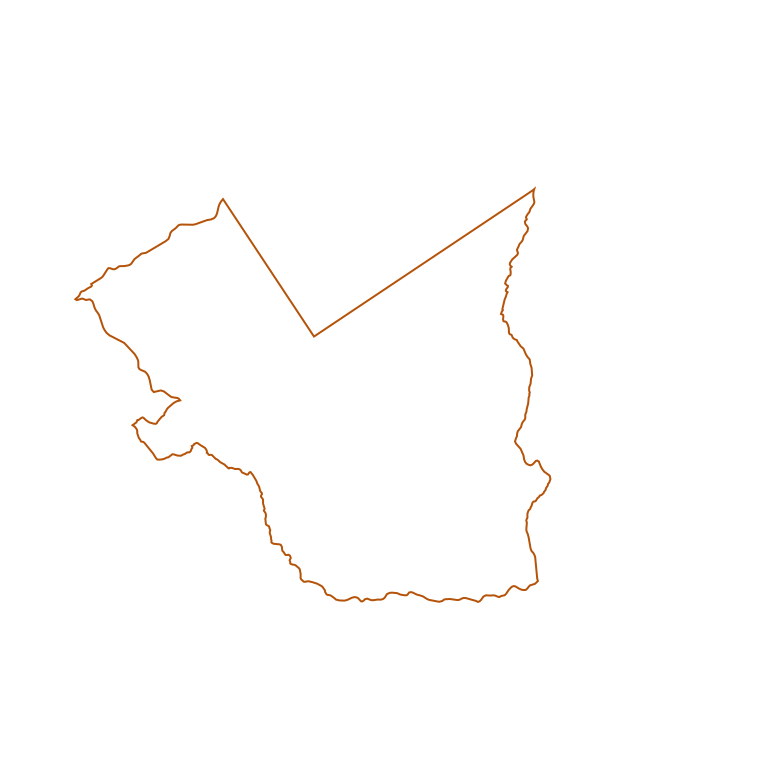 the Province of Moxico, rotated 236°
{"feature_id": "AGO-1892", "entity_name": "Moxico", "entity_type": "Province", "adm_level": 1, "iso_a3": "AGO", "parent_name": "Angola", "parent_adm1": "", "projection": "albers", "projection_center": [20.805, -13.377], "detail": "fine", "context": "isolated", "style": "outline", "palette": "amber", "viewbox_px": 768, "rotation_deg": 236, "n_neighbors": 0, "source": "natural_earth", "source_scale": "10m", "svg_char_len": 6166}
<svg xmlns="http://www.w3.org/2000/svg" viewBox="0 0 768 768"><g transform="rotate(236 384 384)"><path d="M462.5,352.5L461.4,603.8L461.4,615.7L461.6,617.6L460.2,615.9L458.0,614.0L455.5,612.4L451.1,610.6L450.1,609.8L449.3,608.5L447.3,603.2L445.2,600.6L444.8,598.9L443.3,595.5L442.6,594.8L440.7,594.5L440.4,593.8L440.4,592.7L439.6,591.4L437.4,590.6L434.9,590.9L432.6,590.6L430.5,588.4L428.6,582.7L425.9,579.6L425.2,578.2L424.2,574.5L422.6,572.2L421.1,569.5L420.3,569.0L417.6,568.3L416.5,566.6L415.6,560.1L414.0,556.3L412.9,555.2L411.5,554.9L409.8,555.4L409.5,553.7L408.5,552.8L406.0,551.7L403.8,550.0L403.5,549.2L403.8,548.2L403.8,547.6L401.4,542.7L399.5,540.6L397.4,541.0L395.9,541.6L395.0,540.6L394.3,538.5L393.6,537.5L393.0,537.1L392.3,537.2L391.0,537.8L390.4,536.4L388.4,534.1L386.7,531.4L380.0,524.1L379.5,523.9L378.9,524.0L378.6,523.5L378.3,522.4L376.6,520.1L374.9,521.3L373.6,521.0L371.1,518.9L369.3,518.2L368.5,518.7L367.9,519.6L366.7,520.1L363.6,519.7L360.6,518.7L356.8,516.4L355.6,516.0L354.9,516.2L353.7,517.0L353.1,517.2L350.8,516.7L349.3,516.8L347.6,517.6L346.4,518.6L346.0,518.7L344.8,518.4L338.9,518.4L335.4,519.4L329.2,518.2L326.3,518.1L322.8,518.5L319.0,516.6L314.9,515.4L308.2,511.6L306.2,508.9L302.3,505.7L300.1,502.6L297.3,500.6L295.4,500.1L294.6,498.9L293.2,498.2L291.8,496.3L287.2,492.6L283.3,488.2L281.3,486.5L280.0,484.5L279.3,483.7L276.9,482.2L276.2,481.4L275.7,480.5L274.8,477.5L273.5,475.5L272.3,474.3L271.6,473.4L270.0,468.5L268.5,466.7L266.5,465.1L264.4,462.0L263.1,460.5L260.5,460.1L253.9,461.0L246.8,459.7L243.1,458.0L240.5,457.4L238.2,457.6L236.3,458.6L234.8,459.8L234.3,461.5L234.4,463.2L235.3,466.9L234.8,468.2L233.2,469.0L227.6,467.8L224.4,467.6L221.7,467.8L216.0,469.9L215.0,470.0L212.0,468.7L209.9,465.8L209.4,464.1L208.0,462.6L207.2,460.3L205.9,458.8L205.2,456.7L204.3,455.2L203.9,452.5L204.4,450.8L203.7,449.4L203.6,447.6L202.2,444.4L202.3,443.4L202.9,442.3L202.8,441.4L202.2,440.2L200.6,438.4L199.8,436.7L198.8,435.5L198.5,434.6L198.5,433.6L198.3,433.1L196.8,431.0L195.9,430.1L192.9,428.1L192.0,426.4L191.1,425.5L189.7,425.1L188.9,424.7L183.8,420.6L181.9,419.8L179.3,419.3L176.1,418.2L165.6,413.5L162.8,412.9L160.9,413.3L158.7,413.2L156.1,412.6L137.2,402.3L134.6,401.4L133.9,397.4L135.4,392.5L135.0,390.5L134.3,388.5L134.0,386.5L135.0,384.7L136.3,383.2L138.9,381.5L142.5,379.9L144.0,378.5L144.4,376.3L143.7,372.7L141.8,367.9L141.4,366.0L142.8,362.2L142.8,360.6L144.3,359.2L146.5,357.8L147.7,356.4L149.0,354.1L151.8,350.3L152.2,347.8L150.7,343.6L150.4,341.8L150.8,340.0L152.8,338.9L160.7,332.2L162.1,330.5L162.7,328.1L162.8,326.3L163.7,324.2L168.9,318.4L171.2,314.6L171.7,313.1L171.5,310.9L172.7,307.8L179.7,300.8L181.6,299.5L186.0,297.6L188.3,295.9L191.0,293.5L195.3,291.0L196.6,289.6L197.1,288.1L196.3,286.0L196.2,285.1L196.5,284.0L197.7,282.5L200.4,279.7L203.2,278.0L206.5,274.0L207.6,272.1L208.2,269.1L206.4,265.0L206.3,262.8L207.1,260.6L208.9,258.1L210.8,254.1L211.9,252.6L215.5,250.0L216.2,247.7L215.8,246.0L215.9,244.3L216.8,243.4L220.8,242.8L222.4,242.0L223.9,240.3L224.8,237.7L225.4,233.5L225.9,231.6L226.7,229.8L229.7,225.8L232.2,223.6L234.0,223.2L237.9,221.8L239.1,221.1L240.7,219.3L241.6,218.8L244.1,218.8L246.1,219.6L249.9,219.6L251.3,219.3L255.9,216.9L259.3,214.2L262.7,211.1L263.5,209.7L264.0,208.1L265.0,206.9L268.4,206.1L269.7,206.3L273.0,208.6L277.1,210.4L278.4,210.6L282.9,209.4L283.9,208.8L286.4,206.4L287.6,205.9L288.8,206.7L290.7,207.2L291.8,209.3L292.4,209.6L294.3,210.0L294.8,209.9L295.9,209.2L296.7,207.5L297.4,206.8L297.9,206.7L300.4,206.8L302.7,206.5L306.2,208.3L308.4,208.5L309.5,207.7L313.3,203.1L315.1,202.2L315.7,202.1L317.0,203.1L318.8,203.8L319.9,204.6L324.4,206.0L325.2,206.5L326.0,207.6L326.7,208.1L328.1,208.3L330.0,209.0L330.5,209.0L332.8,207.8L334.0,207.8L338.7,210.3L339.8,211.7L341.6,213.0L343.7,213.7L345.3,213.5L346.4,213.7L347.0,214.9L347.7,215.4L352.3,216.8L355.8,219.0L356.6,219.2L358.4,219.0L359.6,219.1L360.6,220.3L360.9,221.2L361.9,221.7L363.9,221.5L365.0,221.7L368.3,222.9L370.7,223.3L371.9,223.2L375.0,224.0L381.9,224.4L385.6,224.1L385.9,223.6L385.9,222.6L385.1,220.7L385.5,219.7L390.2,216.8L392.7,217.0L393.6,216.7L394.7,216.1L395.4,215.3L396.7,213.1L399.6,210.9L400.8,209.1L400.7,208.2L401.2,207.9L406.5,206.7L410.8,204.5L414.3,203.7L416.1,202.6L421.4,201.6L422.5,200.3L422.9,199.4L423.6,199.0L425.3,199.1L426.1,198.6L427.3,199.6L428.6,199.9L430.8,199.9L431.5,199.7L436.5,197.4L439.1,196.5L439.9,195.8L440.4,193.1L439.8,191.9L440.0,189.9L438.8,189.7L438.2,189.3L437.8,188.0L436.5,186.4L436.2,185.1L436.2,184.4L437.3,182.7L437.4,179.5L437.9,177.7L437.9,176.2L438.2,175.3L439.9,173.1L440.8,172.2L443.2,170.4L444.1,169.2L443.8,164.4L444.5,162.7L444.8,160.2L445.7,157.6L447.2,155.0L448.2,153.8L449.1,153.6L450.5,153.5L455.5,153.7L469.1,152.5L470.5,152.1L472.2,150.4L474.1,150.7L476.5,150.6L480.9,151.8L483.6,153.4L484.9,153.7L487.5,153.6L490.5,152.5L490.6,157.2L492.0,159.4L491.4,160.2L491.6,163.4L491.4,165.0L490.5,165.7L486.9,166.5L483.5,167.9L480.1,170.7L478.6,172.5L478.6,173.9L479.4,175.2L481.1,181.1L481.1,184.3L482.8,186.0L483.1,187.4L484.5,189.9L485.0,191.5L485.9,198.9L485.6,202.4L484.4,205.8L486.5,205.7L488.0,204.8L491.6,200.9L492.9,200.1L501.1,197.3L503.5,195.3L506.1,188.6L509.2,188.2L518.4,192.0L521.6,193.0L524.7,193.3L527.8,192.8L531.3,190.5L533.1,189.6L535.1,189.7L539.8,192.7L541.5,193.4L544.6,193.9L548.3,194.0L563.3,191.6L577.9,183.6L581.4,182.6L584.7,182.5L587.9,182.8L600.0,186.3L602.7,186.5L605.9,186.3L609.1,186.7L612.5,187.8L615.7,188.5L618.5,187.5L619.1,186.7L620.2,184.0L623.6,181.6L625.3,176.3L626.9,175.6L627.4,179.7L627.9,181.1L629.5,183.6L629.8,184.8L628.9,187.9L628.9,192.6L628.5,195.8L629.0,196.9L630.6,197.2L630.1,209.1L630.5,211.3L634.0,219.4L634.1,220.4L633.3,221.5L630.7,223.5L629.8,224.8L629.5,226.7L629.7,230.1L629.3,231.1L627.0,234.6L625.5,237.9L625.0,239.6L625.0,241.7L627.1,247.0L627.4,253.2L627.7,255.3L627.6,256.1L625.8,260.2L624.5,282.7L624.8,286.5L626.6,289.1L628.6,291.3L629.4,293.4L629.7,298.5L630.5,302.3L630.2,303.7L629.5,305.2L622.9,314.6L621.9,317.0L618.8,329.0L617.1,332.7L616.5,336.0L617.3,338.7L618.9,341.1L623.3,345.8L625.1,348.2L626.4,350.9L627.3,353.9L462.5,352.5Z" fill="none" stroke="#b45309" stroke-width="2"/></g></svg>